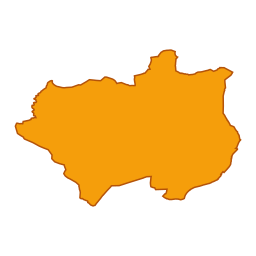 outline of Silmalas pag., Rezeknes, Latvia
{"feature_id": "27541924B39247356667850", "entity_name": "Silmalas pag.", "entity_type": "district", "adm_level": 2, "iso_a3": "LVA", "parent_name": "Latvia", "parent_adm1": "Rezeknes", "projection": "robinson", "projection_center": [27.034, 56.413], "detail": "fine", "context": "isolated", "style": "filled", "palette": "amber", "viewbox_px": 256, "rotation_deg": 0, "n_neighbors": 0, "source": "geoboundaries", "source_scale": "gbopen_adm2", "svg_char_len": 5480}
<svg xmlns="http://www.w3.org/2000/svg" viewBox="0 0 256 256"><path d="M232.6,72.2L224.1,67.7L219.8,67.6L219.7,68.2L218.0,68.8L217.0,70.0L213.9,71.2L213.7,71.3L210.7,69.7L210.3,69.5L210.1,69.5L208.1,70.2L208.1,70.3L206.5,70.6L201.7,71.8L200.1,72.0L198.0,72.1L196.2,72.9L195.1,73.9L192.4,74.5L190.8,74.6L188.6,74.9L188.1,74.4L187.5,74.2L186.1,74.2L185.7,74.1L185.1,73.8L184.7,73.9L184.3,74.0L183.9,73.8L183.1,73.5L182.6,73.5L182.3,73.3L182.1,73.2L181.7,73.3L181.6,73.2L181.0,73.1L180.9,73.3L180.7,73.2L180.5,73.3L180.2,73.3L180.0,73.1L179.6,72.9L179.2,72.7L178.8,72.3L175.8,70.8L175.7,69.0L175.5,66.5L175.4,66.4L175.3,65.3L175.5,64.6L175.6,62.6L175.8,61.1L175.9,59.1L176.0,59.1L176.2,58.9L177.6,57.1L176.5,56.6L175.3,55.0L174.9,53.0L175.2,51.6L173.0,50.8L171.6,50.2L171.0,50.1L169.9,50.1L167.9,50.3L166.8,50.3L163.4,50.9L161.9,51.9L161.1,52.3L158.5,55.6L158.5,56.2L158.1,56.6L157.8,56.5L157.6,56.7L156.6,56.6L151.4,57.4L151.2,57.3L150.9,57.5L151.0,58.4L151.3,59.3L151.3,60.4L151.3,60.9L150.2,64.1L148.8,66.4L150.0,69.2L148.1,69.4L148.1,69.5L144.9,73.2L144.1,73.2L144.1,73.3L143.9,73.4L140.5,74.5L135.7,75.6L134.6,75.8L134.4,75.9L134.6,76.7L134.7,77.7L134.4,79.0L134.4,79.3L134.6,81.2L135.1,83.8L135.1,85.5L134.2,85.6L132.0,85.5L129.7,85.7L128.5,85.2L128.0,84.8L126.4,84.6L121.4,82.6L117.6,83.2L116.9,83.5L115.3,81.1L114.7,80.5L114.2,80.1L112.8,79.2L112.3,79.0L110.5,78.4L106.8,77.2L106.2,77.1L105.5,77.1L104.8,77.1L100.9,80.5L100.3,80.7L96.1,80.4L93.6,80.1L89.4,79.7L86.3,81.7L80.6,85.0L78.6,84.8L71.9,87.2L66.4,87.5L64.2,87.8L62.2,87.6L58.0,86.6L57.2,86.5L57.3,86.5L56.7,86.3L55.9,85.9L54.9,85.3L53.9,84.6L53.3,84.0L52.9,83.5L52.4,82.8L52.3,82.6L52.3,82.4L52.2,82.0L52.4,81.0L52.3,80.8L52.2,80.7L51.9,80.6L51.6,80.6L50.9,80.8L50.2,81.0L48.4,82.2L47.8,82.7L47.5,83.3L47.4,83.6L47.2,84.8L47.1,85.1L46.6,85.6L46.5,85.9L46.2,86.9L46.2,87.5L46.1,87.8L43.3,89.6L42.7,90.2L42.1,90.7L41.2,91.2L41.0,91.4L40.7,92.3L40.5,92.5L39.8,92.9L38.6,93.4L38.1,93.8L38.0,94.2L38.1,94.4L38.5,94.8L38.5,95.1L38.4,95.4L38.2,95.5L37.9,95.5L36.4,95.6L35.9,95.8L35.9,96.1L36.1,96.3L36.2,96.5L36.2,97.1L35.3,98.0L34.6,98.4L34.3,98.4L34.0,98.6L34.0,98.8L34.1,99.1L34.3,99.2L34.7,99.4L35.5,99.5L35.8,99.6L35.9,99.9L35.9,100.5L36.5,101.5L36.4,101.9L35.9,102.5L34.4,102.4L34.0,102.5L33.7,102.7L33.6,102.9L33.6,103.0L34.0,103.9L34.1,104.8L34.0,105.0L33.5,105.3L32.4,105.3L32.2,105.3L32.0,105.6L31.9,106.8L32.1,107.7L32.5,108.1L33.8,109.1L34.0,109.3L34.1,109.6L34.0,110.1L33.8,110.3L32.3,111.3L32.2,111.4L32.2,111.6L32.2,111.8L32.3,112.0L33.1,112.6L33.7,113.2L33.8,113.5L33.6,114.9L33.6,115.3L33.7,115.6L34.0,115.7L35.0,115.9L35.3,116.1L35.5,116.5L35.5,116.9L35.6,117.3L35.8,117.6L35.1,117.6L34.2,117.6L33.5,118.1L32.3,118.0L31.2,118.4L31.1,119.4L31.0,119.5L30.3,119.7L29.0,120.3L23.3,121.5L23.2,121.5L22.7,123.7L22.0,123.7L21.0,123.5L20.0,123.8L17.3,123.2L16.6,123.3L15.4,126.1L15.4,126.3L16.0,128.3L17.5,133.4L17.6,133.5L20.3,135.3L23.5,137.2L23.7,138.0L24.5,138.9L24.5,139.0L32.9,142.6L36.2,144.4L38.9,145.9L41.1,146.9L44.0,148.1L48.2,149.7L52.0,155.0L51.8,158.7L54.7,161.8L59.4,163.6L63.4,164.7L64.1,164.8L64.2,165.3L64.9,167.4L65.0,167.6L65.2,168.0L65.8,169.7L65.7,170.1L64.7,171.4L64.3,172.6L64.0,173.0L63.8,173.7L64.4,174.6L65.3,176.0L67.8,177.9L70.1,179.0L75.9,182.3L78.9,185.0L79.0,185.6L79.0,186.0L78.9,186.3L79.0,186.5L79.3,187.9L79.5,189.6L80.0,190.6L80.1,191.4L80.3,192.3L79.9,197.8L81.1,198.7L82.6,198.6L83.5,199.5L84.4,199.8L86.0,200.5L87.3,200.9L87.8,201.3L87.8,202.5L88.9,203.1L90.6,204.9L91.0,205.1L93.0,205.9L93.5,205.8L93.8,205.6L95.0,205.4L96.5,203.3L98.0,201.5L99.6,199.5L100.5,198.5L101.2,197.4L102.3,196.0L102.7,195.4L103.0,195.3L107.3,190.4L110.2,187.4L111.0,186.5L111.4,185.8L119.3,185.6L127.6,182.9L143.3,178.0L143.6,177.8L147.0,176.6L147.3,176.7L151.2,176.5L151.0,177.3L150.4,182.9L150.6,185.1L150.9,186.7L153.2,187.6L154.7,187.8L155.6,189.6L167.0,189.2L166.7,191.1L166.1,193.1L165.7,193.8L165.1,193.8L164.8,194.0L164.0,194.9L163.4,195.5L162.8,196.2L163.5,196.7L164.2,197.4L166.3,198.5L166.9,198.6L166.9,198.8L167.8,198.9L169.0,199.4L169.3,199.5L171.7,199.5L175.2,199.0L176.0,199.0L178.3,199.1L180.4,199.7L181.0,199.7L181.6,199.5L182.8,199.2L183.9,198.7L184.3,198.4L184.8,196.5L185.4,195.0L186.6,193.2L187.1,192.5L188.7,190.9L190.0,190.0L189.9,189.9L190.9,189.2L191.5,188.9L193.0,188.1L194.4,187.4L195.1,187.2L199.8,186.1L202.7,185.2L203.7,184.8L204.0,184.8L208.9,183.5L209.2,183.5L211.3,182.6L212.2,182.0L213.4,181.6L213.5,181.6L216.3,180.2L217.2,179.9L217.8,179.4L217.6,179.3L219.0,177.8L219.4,177.3L220.7,176.0L220.8,175.4L221.4,174.7L220.8,174.3L222.3,172.6L223.0,171.7L224.0,172.5L226.9,169.4L229.3,166.6L230.6,164.4L230.8,163.2L230.7,162.7L231.1,161.8L231.2,160.9L231.2,158.8L231.5,158.8L231.9,156.6L231.6,156.6L231.9,156.0L232.5,154.8L232.8,154.2L234.5,152.4L236.4,150.5L236.9,149.9L237.4,149.5L237.4,148.9L235.8,148.3L236.3,148.0L236.9,147.3L237.0,146.7L238.7,142.5L239.7,140.9L239.9,140.5L240.2,140.4L240.6,139.9L239.8,139.3L239.7,138.6L239.4,137.3L239.1,135.5L238.6,134.5L237.7,133.2L237.5,131.8L236.8,131.3L235.6,129.7L234.9,128.6L234.7,128.1L233.9,126.8L232.5,126.2L231.1,125.7L230.3,125.4L230.1,124.9L230.5,124.7L230.3,124.7L229.7,124.1L229.2,123.0L228.2,121.6L228.3,121.5L227.4,120.2L226.9,119.9L226.9,119.4L226.8,119.2L225.5,117.1L224.6,115.3L223.1,113.3L223.3,106.0L223.2,96.0L224.1,91.9L224.7,90.3L224.5,89.7L225.0,88.3L225.5,87.9L224.9,82.1L224.8,80.0L225.8,79.1L230.9,75.2L232.2,73.2L232.1,72.7L232.6,72.2Z" fill="#f59e0b" stroke="#b45309" stroke-width="1.5"/></svg>